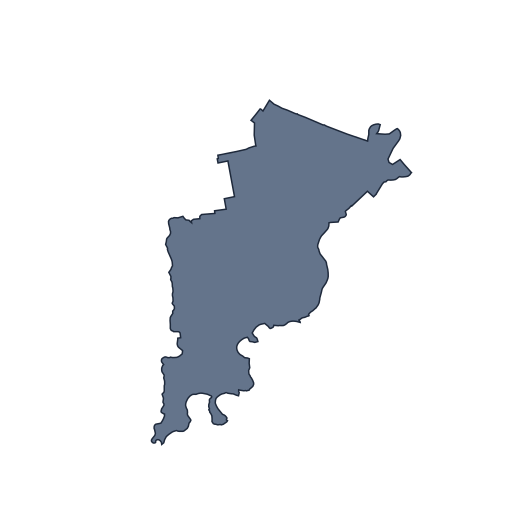 Adjud, Vrancea, Romania, rotated 57°
{"feature_id": "2599482B44927055134787", "entity_name": "Adjud", "entity_type": "district", "adm_level": 2, "iso_a3": "ROU", "parent_name": "Romania", "parent_adm1": "Vrancea", "projection": "albers", "projection_center": [27.21, 46.112], "detail": "fine", "context": "isolated", "style": "filled", "palette": "slate", "viewbox_px": 512, "rotation_deg": 57, "n_neighbors": 0, "source": "geoboundaries", "source_scale": "gbopen_adm2", "svg_char_len": 6114}
<svg xmlns="http://www.w3.org/2000/svg" viewBox="0 0 512 512"><g transform="rotate(57 256 256)"><path d="M346.3,435.6L349.8,436.9L350.2,437.2L351.1,438.2L351.6,439.2L352.7,442.6L353.5,444.0L354.4,444.5L355.6,444.5L356.5,444.2L357.3,443.5L357.7,442.5L357.7,441.8L357.3,441.4L356.8,441.1L356.3,440.6L356.1,439.8L356.5,438.4L357.2,437.6L358.8,436.9L360.1,436.8L360.9,436.9L362.7,437.7L362.4,435.1L360.3,432.7L358.7,429.8L358.4,428.5L358.1,426.1L358.0,422.5L358.0,421.7L358.4,420.0L359.1,417.7L360.2,417.0L361.2,415.9L363.3,412.6L363.5,411.6L363.2,408.3L363.1,407.5L362.0,405.5L359.7,403.2L359.2,401.5L358.3,400.1L357.5,399.9L352.9,400.1L352.0,400.0L350.8,399.4L350.0,398.7L347.8,397.5L345.4,397.2L343.1,396.5L341.7,395.5L340.3,394.0L338.5,391.0L338.1,390.0L337.5,387.8L337.4,385.7L337.6,384.5L338.2,383.3L339.3,381.7L339.9,379.3L340.8,377.2L341.8,375.8L345.4,372.1L349.1,369.7L349.4,369.7L349.9,369.8L350.3,370.2L350.4,370.5L350.6,372.1L350.8,372.8L351.2,373.4L352.3,374.1L353.2,374.5L354.9,376.5L356.6,377.7L358.9,378.3L359.1,379.2L359.6,379.4L361.0,379.3L361.6,379.8L362.2,379.9L363.1,379.7L365.9,380.0L368.8,381.6L370.9,383.1L373.3,383.1L374.3,382.5L375.3,381.3L376.8,380.0L377.8,377.8L378.7,377.1L379.3,375.1L379.2,371.2L379.1,370.7L378.6,369.6L377.4,370.1L376.7,369.6L376.1,368.6L374.8,368.6L373.3,368.8L371.8,369.4L370.6,370.3L370.0,370.4L363.3,371.1L360.3,370.9L357.6,370.4L356.9,370.1L355.1,368.7L353.9,367.4L353.6,366.9L353.2,365.5L353.0,363.9L352.9,361.4L353.1,359.8L354.1,356.9L354.0,356.2L354.4,355.3L355.7,354.4L358.1,351.7L359.2,350.2L362.0,348.3L363.7,346.8L361.5,344.5L360.1,344.3L358.8,343.4L360.2,342.1L362.4,339.6L363.2,338.0L364.0,337.3L364.2,336.4L364.8,334.9L364.1,333.5L364.0,332.1L363.6,329.7L362.4,327.9L361.2,327.1L358.4,326.5L355.6,326.3L354.5,326.5L353.4,326.2L351.3,326.2L350.3,325.8L348.0,324.5L346.3,322.1L342.3,320.2L338.5,317.5L336.9,318.7L335.1,320.9L332.8,321.6L330.0,323.0L329.2,323.2L327.0,323.5L324.8,323.2L323.4,322.7L321.7,321.7L320.6,320.5L319.8,319.2L319.2,317.9L318.7,316.0L318.4,313.6L318.4,311.1L318.6,310.0L319.5,307.5L321.2,307.3L323.4,307.8L324.5,307.6L326.0,305.7L327.8,304.1L328.8,301.0L326.2,300.2L325.0,300.1L322.7,301.1L321.5,301.2L318.5,301.1L316.8,297.8L315.7,294.5L315.5,290.8L315.9,289.1L317.3,285.4L321.9,284.0L323.3,284.0L324.5,283.6L324.8,282.9L325.0,281.1L325.0,280.4L324.6,279.6L323.8,278.8L326.6,275.3L327.0,274.3L328.6,272.0L329.3,270.7L329.5,269.3L329.4,267.1L329.1,265.8L329.1,265.0L329.4,263.4L329.9,262.1L330.7,260.5L331.8,259.0L333.1,257.5L335.8,255.1L335.4,254.9L333.7,254.9L333.1,255.0L333.0,254.9L333.2,253.3L333.0,251.7L333.2,250.4L334.0,248.5L334.4,246.0L335.0,244.3L334.9,244.0L334.5,243.8L333.6,243.7L333.3,243.1L332.8,240.6L332.8,238.2L332.3,235.1L332.3,234.2L330.9,230.6L329.6,228.6L326.7,225.8L326.2,225.6L321.9,220.8L320.0,218.9L319.1,217.6L316.7,211.9L314.9,209.2L313.8,207.8L312.5,206.6L309.5,204.7L306.3,203.1L301.5,201.4L300.1,200.7L298.4,200.3L289.1,201.1L286.2,200.4L284.7,199.8L282.2,199.5L280.3,198.2L276.6,193.6L275.1,190.9L274.7,189.9L273.7,185.8L272.5,181.6L272.1,180.7L270.5,178.6L267.9,176.7L268.5,175.1L272.2,168.6L270.5,166.0L269.9,164.5L271.3,161.2L271.4,160.6L271.4,159.6L270.9,158.3L270.5,157.8L270.0,157.6L267.3,156.8L267.0,156.1L266.7,152.3L265.7,148.7L266.3,148.5L262.4,127.3L270.4,125.2L269.6,121.4L269.4,121.3L264.4,110.9L263.7,108.4L264.5,106.5L264.1,105.2L264.2,103.8L265.8,101.6L267.0,99.4L267.8,97.3L267.8,95.4L267.6,93.9L267.6,92.3L268.7,91.3L269.7,89.7L271.0,87.2L271.8,85.2L271.7,83.1L271.3,81.8L270.9,81.3L270.8,80.2L259.6,81.9L253.6,82.6L253.6,91.6L250.0,93.5L246.6,92.5L240.4,82.4L237.0,73.5L236.0,71.5L233.7,69.0L231.0,67.7L229.5,67.5L227.8,67.6L226.2,68.0L225.9,68.8L225.9,71.1L226.2,77.7L224.2,81.4L219.1,88.2L218.3,86.0L217.5,84.7L213.5,80.3L211.8,81.6L210.7,83.8L210.0,86.0L209.8,88.0L210.0,89.5L211.0,91.6L212.0,92.9L215.6,95.3L218.3,98.1L220.4,99.8L203.5,113.1L185.6,126.1L183.2,127.4L182.6,128.4L166.6,139.1L160.9,143.3L159.9,143.9L159.2,144.0L159.0,144.6L157.7,145.7L150.7,150.3L146.3,153.7L142.3,155.8L138.5,158.2L132.7,159.9L138.2,171.2L135.8,171.8L134.9,172.4L137.4,179.7L139.5,186.3L143.6,184.8L153.7,191.7L162.7,195.8L163.7,196.1L162.9,197.9L161.5,203.1L161.2,206.1L157.8,215.3L150.7,233.1L153.6,234.4L153.7,234.5L153.4,235.6L157.3,237.2L161.0,227.8L194.5,241.7L190.7,251.4L200.5,255.5L195.5,266.1L197.9,267.3L191.7,278.8L191.6,279.1L191.8,280.0L192.0,281.2L192.4,281.7L194.1,282.8L191.2,288.4L191.3,291.2L193.0,291.9L190.8,292.6L189.6,292.7L187.6,295.1L187.3,295.2L185.1,295.6L182.9,295.7L181.5,300.7L179.2,303.8L179.0,305.3L178.3,306.4L178.2,307.9L178.6,309.5L179.4,310.6L181.4,311.7L185.6,313.1L186.9,313.8L189.1,314.4L190.6,315.5L191.7,317.3L192.6,320.8L193.1,321.7L195.2,323.5L197.1,325.5L201.3,325.9L202.2,326.7L204.6,327.4L212.0,328.6L214.2,329.1L215.7,329.7L218.8,331.4L219.6,333.0L220.9,334.7L222.2,338.0L226.8,338.5L228.5,339.6L228.9,340.2L229.8,340.5L231.7,340.6L233.2,341.1L236.1,342.8L237.5,343.2L240.1,344.6L241.0,345.3L242.2,346.7L243.8,347.7L245.8,348.4L246.9,349.1L248.0,349.7L248.9,350.4L249.9,352.0L250.9,352.1L253.5,351.8L254.9,352.6L255.7,353.1L256.5,354.5L256.8,355.8L257.6,356.4L258.8,357.0L260.3,360.4L261.0,361.5L263.3,363.2L266.7,365.1L270.2,367.4L271.9,367.6L272.4,367.5L273.7,366.6L274.6,366.3L277.2,362.3L277.9,361.8L279.0,361.6L279.7,361.8L283.5,363.7L282.3,366.4L283.4,367.1L286.4,369.7L287.0,370.1L288.8,370.7L290.3,370.7L295.4,369.1L297.9,371.2L298.3,374.6L298.1,376.6L297.8,377.8L296.6,379.9L295.8,381.2L294.2,382.9L294.3,383.5L293.3,385.3L292.2,386.0L291.1,387.2L290.8,389.0L290.9,390.8L291.7,391.9L292.6,392.5L293.5,392.8L296.8,392.6L297.0,393.8L298.3,395.7L299.0,396.4L300.4,397.3L301.9,397.9L305.8,397.9L306.6,398.4L308.0,399.8L311.0,400.7L313.0,401.9L314.0,402.6L314.8,403.6L319.3,406.5L320.1,407.5L320.7,410.0L324.7,411.0L325.8,411.8L327.5,413.3L328.1,413.7L330.0,413.8L331.1,414.6L332.8,418.4L334.4,420.1L335.2,420.5L335.9,420.4L338.2,419.3L338.7,418.8L340.4,419.9L342.3,422.6L343.5,424.8L344.4,426.9L342.5,431.6L342.5,432.2L342.8,433.3L343.5,434.2L344.4,434.9L345.2,435.4L346.3,435.6Z" fill="#64748b" stroke="#1e293b" stroke-width="1.5"/></g></svg>